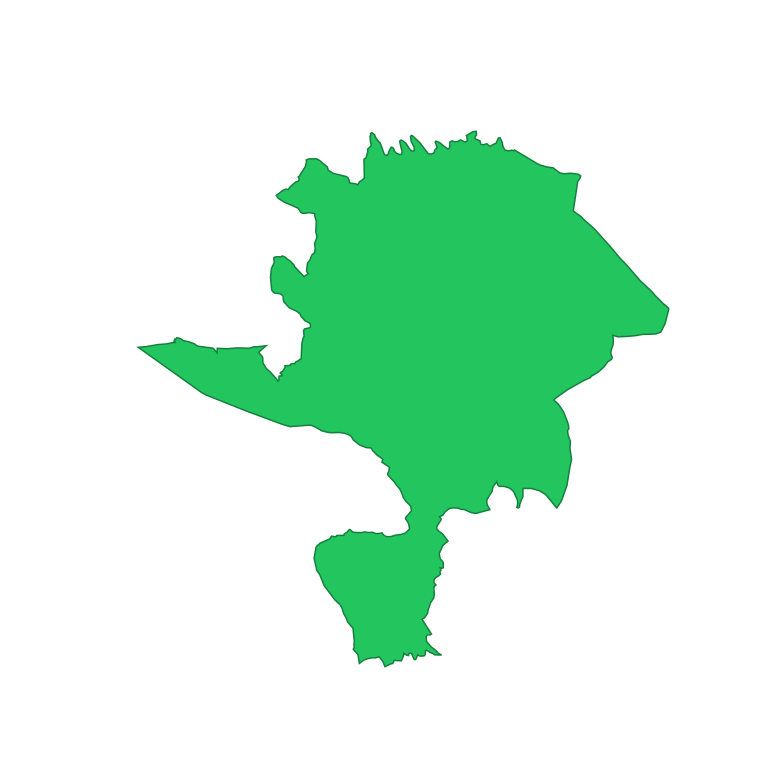 Atlahuilco, Veracruz, Mexico, rotated 290°
{"feature_id": "50627088B44010048169487", "entity_name": "Atlahuilco", "entity_type": "district", "adm_level": 2, "iso_a3": "MEX", "parent_name": "Mexico", "parent_adm1": "Veracruz", "projection": "equal_earth", "projection_center": [-97.121, 18.686], "detail": "fine", "context": "isolated", "style": "filled", "palette": "green", "viewbox_px": 768, "rotation_deg": 290, "n_neighbors": 0, "source": "geoboundaries", "source_scale": "gbopen_adm2", "svg_char_len": 6171}
<svg xmlns="http://www.w3.org/2000/svg" viewBox="0 0 768 768"><g transform="rotate(290 384 384)"><path d="M588.4,288.3L571.0,295.0L567.6,293.4L565.7,291.8L562.0,291.2L562.5,288.9L561.3,284.1L561.8,282.3L563.1,282.1L565.7,279.2L566.0,276.9L564.6,264.7L565.7,258.6L568.7,256.4L572.1,246.8L572.5,243.5L569.9,236.5L568.0,234.3L565.7,235.3L561.2,235.7L550.0,233.2L549.3,232.6L547.2,234.5L545.4,234.2L543.5,231.8L537.4,228.5L533.9,227.4L533.7,225.4L531.4,222.7L524.3,218.3L522.3,221.2L520.7,228.2L519.9,242.7L518.6,245.0L516.7,247.1L516.6,249.1L517.3,251.4L519.3,254.8L520.3,258.9L520.3,260.6L518.2,261.5L513.8,264.7L503.3,268.0L500.5,270.2L498.7,270.8L492.3,270.7L488.1,272.9L483.7,273.9L481.0,272.2L474.6,271.9L471.6,270.7L463.6,272.6L461.7,274.9L457.6,272.2L463.7,259.8L465.3,258.4L467.7,253.2L468.0,251.4L469.6,247.0L469.5,244.6L468.1,243.5L467.0,239.9L465.5,237.4L464.4,237.4L460.9,239.3L454.1,238.7L445.4,240.9L433.9,246.3L432.5,248.5L432.0,250.1L432.9,253.3L433.2,256.8L431.9,259.3L429.1,260.3L427.0,261.8L423.2,269.0L422.5,276.9L421.1,281.1L419.3,282.7L416.3,288.3L415.8,293.6L412.9,295.5L411.5,294.9L408.5,290.4L406.4,290.2L401.9,292.5L398.6,292.3L394.0,293.0L379.1,297.6L378.1,296.2L376.9,295.9L374.9,293.7L372.6,293.1L371.6,290.5L370.6,289.5L369.4,289.4L367.2,284.6L365.9,285.4L362.7,284.7L361.0,284.3L359.8,283.0L358.6,282.8L357.8,285.2L356.8,285.2L355.5,282.7L352.3,283.8L350.3,283.4L352.0,281.2L356.4,273.0L358.3,268.1L362.4,263.0L367.2,261.1L368.5,259.8L370.8,255.3L379.7,260.2L375.4,251.7L374.7,249.4L371.6,245.2L367.7,233.6L363.5,224.6L360.5,215.1L356.2,216.5L359.2,211.2L355.8,195.8L356.9,191.9L356.9,185.7L356.1,180.7L357.0,177.6L356.9,174.7L356.4,173.2L354.3,172.8L354.4,172.0L352.1,172.1L351.8,174.5L351.3,172.5L347.2,165.7L343.7,158.0L337.7,147.5L334.4,140.5L313.6,215.5L312.8,220.8L311.5,264.2L311.3,301.2L311.7,310.1L319.8,327.9L320.3,330.6L320.2,332.9L319.7,337.1L318.7,341.2L319.3,347.5L320.0,350.6L323.2,358.9L324.2,363.5L324.3,367.6L323.8,370.7L320.8,374.5L318.3,382.2L318.2,389.2L319.5,393.8L317.5,396.2L315.0,401.2L312.9,408.6L309.8,408.8L308.1,415.9L307.4,417.6L303.6,418.4L301.4,418.0L299.6,419.0L295.2,427.7L293.7,429.5L291.1,434.2L287.9,437.8L284.0,440.9L281.2,444.7L278.4,450.8L274.2,453.2L265.9,450.0L264.7,450.3L261.8,454.2L260.1,455.5L257.0,457.4L255.1,457.0L251.5,455.2L248.7,451.9L245.9,446.5L243.1,442.8L242.1,440.7L241.4,437.9L242.0,435.1L243.5,433.0L242.6,431.9L240.7,427.9L240.7,423.9L239.0,419.8L238.5,416.7L236.4,413.0L234.4,406.8L234.2,405.3L235.6,401.9L235.4,401.1L232.2,400.0L229.7,397.9L228.1,398.2L225.6,391.5L223.8,390.7L223.1,386.7L219.9,386.0L212.1,377.9L210.9,377.9L209.6,376.6L207.4,376.0L196.3,377.9L185.9,384.6L182.9,388.8L173.9,396.9L164.2,411.9L161.4,418.6L159.3,420.9L154.3,424.8L151.3,428.4L148.0,431.1L143.9,438.4L131.7,444.2L128.7,444.9L126.6,446.1L124.3,445.8L120.8,452.1L113.0,456.4L117.7,459.5L120.2,462.4L122.9,467.0L123.6,469.5L126.0,472.7L122.8,477.9L118.7,481.6L123.1,485.8L124.4,487.8L127.7,488.1L129.8,495.0L135.1,495.3L137.8,494.7L136.9,497.8L137.2,499.9L139.0,499.6L139.8,500.0L140.3,501.0L140.0,502.2L135.7,506.3L135.6,507.6L136.7,508.2L141.0,508.2L140.6,509.9L140.8,511.6L142.2,514.6L143.8,515.3L147.7,514.2L148.3,514.9L148.1,517.1L147.4,519.3L147.5,521.6L146.9,524.7L149.0,530.8L149.7,526.6L151.2,524.3L153.2,518.0L156.6,512.1L161.1,509.9L163.0,510.5L164.0,513.2L165.3,514.1L175.8,500.4L176.7,500.6L177.4,501.6L178.8,502.3L183.5,503.4L186.1,502.8L194.6,502.6L199.6,503.9L203.5,503.3L208.7,500.8L210.7,500.5L212.9,501.6L214.3,498.8L217.1,498.0L219.9,498.8L222.0,500.8L224.8,502.2L226.3,500.8L228.7,501.1L230.5,499.6L230.8,501.7L231.6,502.5L235.9,501.1L237.2,499.9L238.6,497.2L240.9,495.3L243.9,493.9L252.4,494.5L258.3,497.9L263.3,490.1L264.4,485.9L266.2,482.8L268.2,482.4L276.0,484.1L276.9,483.7L278.3,481.5L280.8,484.2L284.8,485.2L286.7,486.2L289.6,488.4L290.9,490.6L292.5,495.2L292.7,499.8L293.5,502.1L293.0,510.2L293.5,513.6L294.4,515.5L302.2,526.5L305.5,522.6L308.0,521.0L310.8,520.3L319.9,522.3L324.5,521.6L330.8,523.4L327.9,525.6L327.2,527.2L328.9,532.1L329.2,537.5L327.8,541.5L326.4,543.5L321.1,548.6L319.3,549.8L315.6,550.9L313.5,550.9L313.4,552.5L314.8,553.5L317.0,552.8L322.8,552.7L325.3,553.2L333.4,550.3L336.2,558.2L336.9,566.3L335.5,573.6L326.5,588.8L334.6,590.7L351.4,590.6L369.0,587.2L377.1,586.1L387.3,580.7L393.7,578.9L399.0,574.5L401.2,573.3L403.1,572.4L405.0,573.0L408.3,571.5L411.5,569.1L419.0,562.4L422.1,558.5L424.9,554.3L426.9,549.1L429.2,550.0L441.4,558.4L455.2,570.2L460.5,575.6L462.2,576.2L468.7,581.4L475.3,584.9L481.3,586.6L485.0,589.4L487.1,589.4L490.1,586.7L493.4,585.9L498.9,585.9L502.2,585.1L508.1,582.4L508.3,587.6L512.0,596.5L515.2,603.3L519.0,610.0L523.8,621.9L527.3,626.3L536.9,627.5L551.6,626.0L552.6,625.5L555.3,618.3L560.1,608.1L562.4,604.2L568.8,589.3L578.6,571.7L582.8,563.0L590.9,549.0L601.9,528.2L607.1,515.0L608.6,512.2L611.3,502.7L640.4,496.8L644.1,497.8L646.7,497.8L647.6,494.9L646.0,487.5L643.1,481.3L642.5,477.0L645.0,468.9L643.7,463.3L643.2,456.4L643.4,453.0L648.5,426.6L647.5,425.9L647.4,424.0L646.1,422.4L645.2,418.6L645.3,417.4L648.1,414.4L651.3,412.6L655.0,409.0L654.6,407.7L653.9,407.3L648.7,407.0L645.7,404.0L643.7,402.8L643.8,401.1L644.9,398.6L644.0,397.0L642.7,395.7L642.5,392.8L645.4,390.9L645.5,386.5L646.1,385.5L647.2,385.1L649.6,385.8L653.0,384.2L651.6,381.3L645.6,376.4L644.6,377.5L643.3,377.8L641.7,379.0L640.2,378.6L639.0,377.4L639.6,372.5L637.2,370.4L635.8,367.8L635.7,364.7L634.0,363.2L629.1,364.7L627.1,364.5L626.9,363.2L627.9,359.3L629.9,353.7L630.0,349.7L628.7,349.4L624.6,353.1L621.1,351.7L618.4,352.0L616.2,349.6L615.7,348.2L615.7,346.6L623.0,335.1L627.0,325.9L626.9,324.7L625.7,324.3L621.3,326.5L617.0,331.1L614.4,332.4L613.3,332.3L612.5,331.1L612.5,330.0L613.9,327.3L617.6,322.5L618.9,318.7L619.1,316.6L617.5,315.6L607.9,321.9L605.9,321.8L605.0,320.6L605.1,316.8L606.5,314.0L607.9,313.1L609.1,311.4L609.2,310.2L608.6,309.6L603.2,309.0L602.0,309.5L600.0,308.7L599.5,306.9L600.0,305.7L609.1,298.1L610.3,295.4L612.7,291.9L615.1,289.8L616.0,286.5L614.9,285.7L613.9,286.4L611.8,286.2L606.5,288.7L604.9,290.0L603.0,290.3L599.0,288.2L596.9,289.3L590.3,289.7L588.4,288.3Z" fill="#22c55e" stroke="#15803d" stroke-width="1.5"/></g></svg>